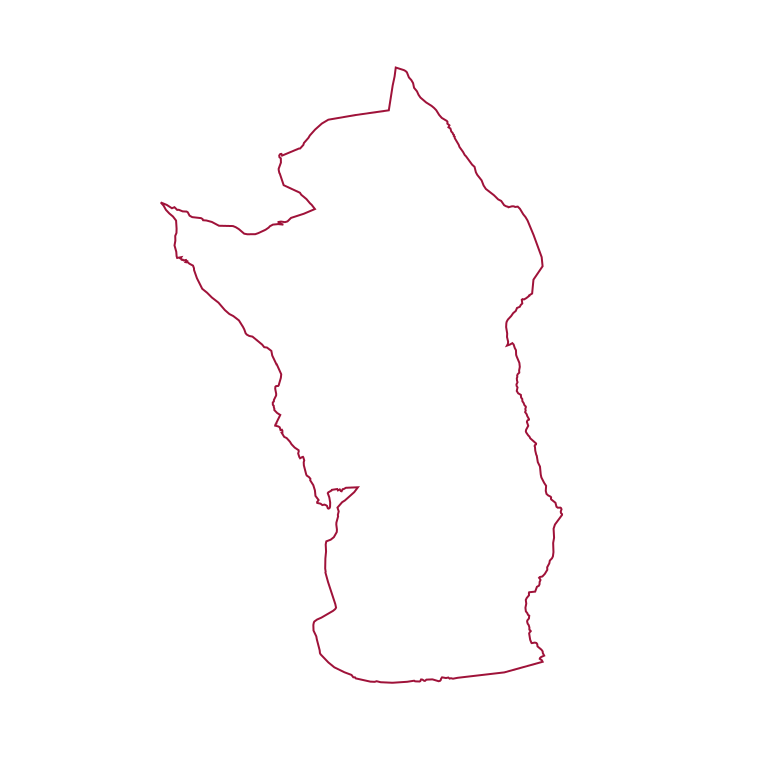 outline of Roesti, Vâlcea, Romania, rotated 348°
{"feature_id": "2599482B88399250652350", "entity_name": "Roesti", "entity_type": "district", "adm_level": 2, "iso_a3": "ROU", "parent_name": "Romania", "parent_adm1": "Vâlcea", "projection": "albers", "projection_center": [24.073, 44.917], "detail": "fine", "context": "isolated", "style": "outline", "palette": "rose", "viewbox_px": 768, "rotation_deg": 348, "n_neighbors": 0, "source": "geoboundaries", "source_scale": "gbopen_adm2", "svg_char_len": 6157}
<svg xmlns="http://www.w3.org/2000/svg" viewBox="0 0 768 768"><g transform="rotate(348 384 384)"><path d="M481.4,688.7L481.0,687.1L479.2,685.2L479.7,684.4L481.0,683.7L484.2,683.0L483.4,680.1L483.6,678.5L482.8,676.7L479.6,672.6L479.8,670.3L479.2,669.0L477.8,668.3L474.7,668.2L474.4,667.9L473.8,664.6L474.1,658.2L474.8,657.2L476.1,656.4L476.1,655.8L475.1,654.5L475.6,652.3L475.4,649.9L474.7,648.3L474.6,646.2L475.0,645.1L477.0,643.5L477.9,640.8L476.8,639.6L476.6,638.1L475.5,635.9L475.8,632.3L477.5,628.4L477.8,624.7L479.1,623.0L481.9,620.8L482.3,618.5L482.7,617.9L488.7,618.5L491.4,614.2L493.6,613.5L494.5,612.2L495.1,609.9L496.2,608.5L496.3,607.8L495.4,605.8L496.3,605.2L498.9,605.2L501.8,603.2L505.1,599.7L505.5,597.2L508.4,593.8L509.5,591.2L512.1,589.4L513.4,587.7L514.8,583.7L516.4,574.7L518.4,569.7L519.8,560.8L522.0,557.0L530.9,549.1L531.1,548.3L530.3,547.0L530.3,545.7L531.6,543.4L531.3,542.1L530.8,541.6L528.2,541.1L527.2,539.9L527.0,535.8L523.6,531.7L523.4,531.1L523.9,529.6L523.5,528.8L521.4,527.1L520.1,525.3L520.0,522.2L521.4,517.3L520.1,514.0L518.5,508.1L518.5,505.1L519.4,497.2L518.2,492.4L518.5,485.9L518.2,484.8L518.1,480.6L518.6,476.9L518.4,476.0L518.9,475.2L520.1,474.7L520.4,473.8L515.8,467.6L515.3,465.6L514.4,464.3L513.0,460.9L512.9,459.7L513.5,458.3L516.4,454.9L515.9,450.9L516.1,450.3L516.9,449.4L518.4,449.0L518.5,448.5L517.4,444.9L517.3,443.4L516.2,440.8L517.1,439.4L517.0,437.8L517.9,436.3L518.0,435.5L517.0,434.0L516.6,431.5L515.8,429.7L516.1,427.3L515.3,425.8L515.6,423.1L513.3,421.0L512.4,418.4L513.9,415.1L513.3,413.4L513.5,411.9L515.0,410.0L514.8,408.3L515.1,406.0L515.9,404.8L516.0,403.4L516.8,402.2L518.7,401.0L519.0,398.8L520.4,395.5L520.8,391.5L519.5,384.7L519.3,383.0L520.1,378.4L519.4,376.0L519.0,372.3L518.0,370.7L515.4,371.6L512.3,372.0L513.5,370.6L514.2,368.5L514.1,363.6L515.0,360.2L515.3,353.7L516.3,350.0L517.0,348.5L518.6,346.7L522.6,343.9L525.0,341.6L528.1,339.9L529.9,337.3L532.9,336.7L534.1,335.2L536.0,334.0L536.3,330.2L537.2,329.8L538.5,330.4L541.0,329.6L544.5,327.9L544.4,327.5L547.7,326.3L551.9,313.0L563.6,301.8L564.6,292.7L561.3,269.4L558.4,253.9L557.1,250.1L555.5,247.0L553.4,240.9L551.7,238.3L549.1,238.1L547.9,237.2L546.2,236.8L542.4,237.0L542.0,236.3L540.6,235.7L538.7,234.1L536.7,229.3L534.0,227.1L530.8,222.2L524.2,214.4L522.7,210.6L521.8,205.1L518.7,198.8L517.9,196.0L517.7,190.4L515.8,187.8L511.5,178.2L510.6,176.9L509.6,173.5L507.1,167.8L506.8,165.5L504.4,158.4L504.3,157.6L504.6,156.9L503.8,155.9L504.2,154.9L503.4,153.8L503.4,152.8L502.3,151.0L502.1,147.9L500.4,146.3L501.8,144.6L500.1,142.5L500.6,140.8L500.1,139.7L495.8,135.7L493.9,132.3L492.0,127.0L490.3,124.3L488.4,121.9L483.7,117.3L479.2,111.4L477.9,108.3L477.1,104.6L475.0,100.5L475.0,95.7L473.9,92.4L472.1,89.3L471.2,83.9L470.1,82.3L468.7,81.1L461.3,76.9L458.3,85.4L454.6,93.7L445.6,117.3L412.2,115.0L384.5,113.9L377.4,116.3L369.5,120.8L363.1,125.5L361.3,127.5L355.8,131.6L354.8,133.4L350.9,136.2L349.7,136.0L331.8,139.4L331.5,137.6L330.4,137.5L329.5,138.2L329.0,138.8L328.9,140.5L330.0,141.8L329.2,146.0L325.7,151.6L325.5,152.8L325.5,155.8L325.8,156.4L327.2,168.7L341.5,179.4L342.4,181.7L346.6,187.0L349.2,191.9L350.5,193.7L352.8,198.5L341.0,200.8L327.6,202.2L323.4,204.9L320.8,205.1L317.0,203.7L314.5,203.6L314.4,204.5L318.7,207.2L313.8,205.6L308.5,205.0L305.1,206.0L303.8,207.0L300.2,208.5L292.3,210.3L289.2,210.7L281.4,209.1L278.5,207.9L274.2,202.3L271.6,199.8L269.1,198.1L255.5,194.9L249.3,189.7L244.2,187.1L241.1,186.2L240.8,184.9L239.5,183.7L231.1,180.9L228.8,178.9L227.8,175.3L226.8,174.3L223.0,173.3L219.4,170.9L217.9,170.7L215.8,167.5L213.1,168.0L208.8,163.7L203.4,160.0L205.5,163.8L206.9,168.3L209.5,172.6L212.4,176.3L214.6,180.9L213.4,189.0L212.4,193.1L210.6,195.7L209.7,200.5L207.9,204.9L208.3,211.5L207.7,215.9L207.9,217.7L212.1,217.8L211.0,218.9L211.5,219.3L211.8,220.3L212.4,220.7L213.0,220.5L213.8,221.5L216.1,221.5L216.4,222.4L215.2,223.5L216.0,223.9L217.2,223.4L217.2,224.0L218.7,225.9L221.8,228.5L222.2,231.3L221.9,233.0L223.0,241.6L226.0,253.1L229.9,257.9L233.6,263.6L239.0,270.0L243.7,278.6L247.3,283.4L250.7,286.2L255.3,291.6L258.0,299.0L258.7,301.7L259.2,305.6L260.1,307.2L262.2,309.0L265.2,310.3L273.0,320.1L274.5,323.1L277.1,324.0L280.7,328.2L280.6,332.9L282.9,342.5L283.2,342.5L285.5,353.1L284.4,356.5L280.7,363.4L280.1,363.9L278.1,363.6L277.2,364.1L276.6,366.0L276.5,371.2L276.1,372.8L273.0,376.7L272.6,378.2L271.4,378.9L271.0,380.8L271.0,381.4L271.6,382.3L271.4,383.9L271.6,385.3L271.3,386.7L273.5,390.2L276.1,392.7L270.5,399.8L270.5,400.4L269.5,400.9L268.9,402.1L271.9,403.6L273.0,404.7L273.2,407.6L274.6,407.5L274.9,408.4L274.5,410.5L273.8,410.5L275.4,415.0L277.5,416.6L280.0,420.9L281.0,423.7L283.4,427.6L286.7,431.0L286.6,432.2L285.6,434.1L286.0,437.9L286.5,439.2L289.0,438.4L289.6,438.4L289.8,438.9L290.1,442.1L289.2,443.8L288.7,446.9L289.1,456.3L289.4,457.5L291.3,459.5L292.3,461.4L291.8,462.9L293.8,468.2L294.3,473.7L293.7,479.2L295.9,483.9L294.0,485.6L294.0,486.5L297.1,487.9L298.5,489.6L300.7,489.6L301.9,490.4L302.9,491.4L303.2,493.9L304.0,494.4L305.1,493.9L305.7,492.9L306.7,488.8L306.9,483.5L306.3,479.1L307.0,478.4L310.5,477.3L310.9,476.7L316.4,477.0L316.8,478.5L318.8,477.9L319.5,479.7L320.2,480.1L321.7,478.3L322.7,478.4L325.2,477.6L337.0,479.6L332.4,483.6L321.5,489.8L318.5,490.9L312.8,495.2L313.2,499.2L311.6,502.5L311.6,503.9L308.6,509.7L308.1,511.7L307.7,516.6L307.0,519.0L303.1,523.4L299.5,525.2L294.9,525.9L294.4,526.9L293.6,528.9L292.5,535.8L290.4,542.4L288.1,552.3L287.9,555.5L287.5,556.2L288.1,566.1L290.6,589.2L290.6,592.8L289.5,594.0L287.0,595.3L274.2,599.5L269.5,600.5L266.4,601.9L265.6,603.1L264.8,605.0L263.8,610.5L265.3,616.8L265.2,619.7L265.7,631.1L265.4,633.9L265.8,635.3L271.7,644.8L276.5,650.8L285.3,657.7L291.7,661.8L293.0,664.5L294.6,664.9L295.2,666.1L308.8,672.3L313.0,673.4L315.0,673.2L318.7,675.0L330.2,678.0L344.8,680.1L351.8,680.5L352.6,681.3L356.9,682.4L357.7,682.2L358.8,680.7L359.3,680.8L360.2,681.2L361.6,682.7L362.4,682.9L364.0,682.0L370.0,683.0L375.7,686.1L377.1,686.0L377.9,685.4L378.6,684.1L379.8,683.0L383.5,684.5L385.9,684.5L386.9,685.8L388.3,685.7L390.2,686.6L395.0,686.7L441.7,691.1L481.4,688.7Z" fill="none" stroke="#9f1239" stroke-width="2"/></g></svg>